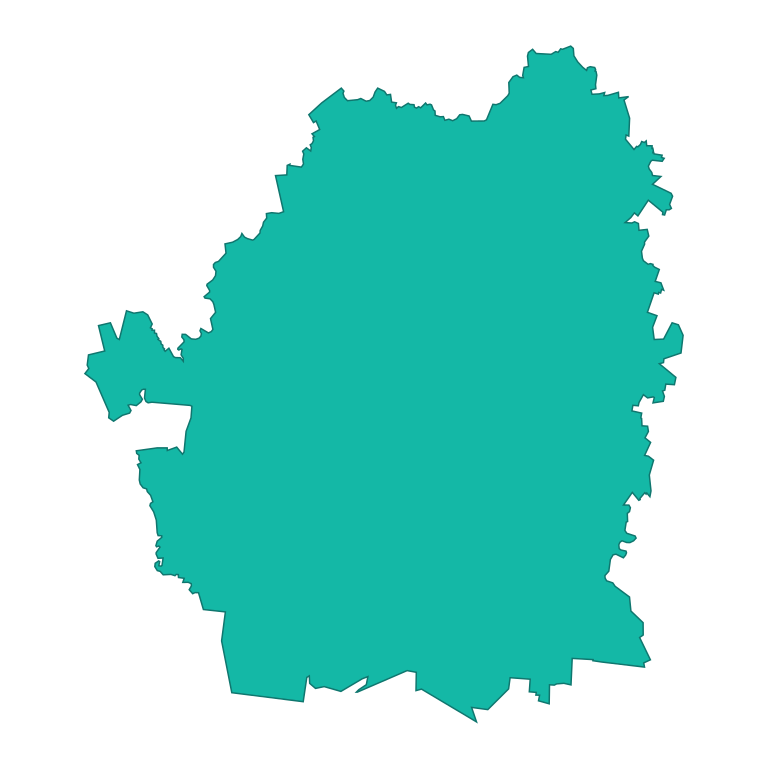 the district of Jalapa, Tabasco, Mexico
{"feature_id": "50627088B66696645260750", "entity_name": "Jalapa", "entity_type": "district", "adm_level": 2, "iso_a3": "MEX", "parent_name": "Mexico", "parent_adm1": "Tabasco", "projection": "albers", "projection_center": [-92.803, 17.771], "detail": "fine", "context": "isolated", "style": "filled", "palette": "teal", "viewbox_px": 768, "rotation_deg": 0, "n_neighbors": 0, "source": "geoboundaries", "source_scale": "gbopen_adm2", "svg_char_len": 6071}
<svg xmlns="http://www.w3.org/2000/svg" viewBox="0 0 768 768"><path d="M171.0,574.4L175.0,575.7L176.2,574.4L178.3,574.6L178.5,577.5L184.2,578.3L182.8,582.4L188.2,582.3L191.2,583.6L191.4,585.9L189.2,589.7L192.7,593.7L195.0,592.6L198.5,592.7L203.4,609.5L225.4,611.9L221.6,640.9L231.8,692.7L303.2,701.7L306.8,677.4L309.3,675.9L309.7,683.4L315.5,688.4L324.2,686.6L340.9,691.4L362.2,678.8L367.9,676.6L366.3,684.7L358.8,689.7L356.4,692.1L357.4,692.1L407.1,670.6L416.3,672.3L416.0,690.6L421.5,689.1L476.5,721.9L471.6,707.4L487.8,709.6L508.6,688.9L510.1,677.7L530.2,679.2L529.3,691.8L536.3,692.4L535.9,695.1L539.6,695.2L538.5,700.8L549.2,703.8L549.5,684.8L554.3,685.1L556.6,683.9L563.9,683.3L571.0,684.9L572.2,658.4L593.1,659.6L592.9,660.7L601.6,662.0L644.5,667.1L643.7,662.9L650.4,659.8L639.6,637.5L643.2,635.0L643.1,622.7L630.9,611.0L629.5,597.0L615.1,586.3L612.8,582.9L606.6,580.8L605.1,578.1L604.9,575.6L608.8,571.2L610.4,559.4L613.1,554.8L616.0,554.2L623.4,557.8L625.6,555.1L626.5,552.8L626.0,551.1L621.0,550.0L619.2,548.7L618.8,544.8L619.9,542.3L622.0,540.8L626.7,542.5L629.9,542.6L633.6,540.8L636.1,538.1L635.1,536.0L626.8,533.3L624.9,530.4L626.2,522.1L627.6,521.5L627.3,513.4L629.5,511.6L630.4,507.7L628.9,505.1L623.5,505.0L632.3,492.4L638.8,500.3L640.2,499.6L639.9,498.5L644.8,492.7L646.1,494.1L646.8,493.0L649.9,496.7L651.0,490.9L649.3,475.0L653.6,460.2L648.4,456.2L644.6,455.4L650.6,442.4L645.0,437.9L648.4,431.5L647.6,426.2L642.0,425.8L641.6,418.4L640.8,417.9L641.7,413.1L631.9,410.9L632.9,405.3L638.3,405.8L639.0,402.5L643.4,394.7L647.6,397.9L653.2,396.9L654.3,397.5L653.0,402.9L663.3,401.3L664.4,396.4L662.5,391.0L664.8,390.2L665.8,384.1L674.4,384.7L675.9,377.4L659.3,363.7L663.5,362.6L663.9,358.8L681.0,353.0L683.1,335.3L678.4,324.8L672.1,322.8L663.6,339.1L654.2,339.5L652.6,327.3L657.0,315.7L647.4,312.3L654.1,292.8L658.3,294.1L658.7,292.4L660.6,293.0L661.6,289.4L663.7,290.2L660.9,282.8L655.2,281.4L659.3,269.5L654.5,267.1L652.8,265.4L653.0,264.4L650.4,263.6L648.1,264.3L643.4,260.7L642.4,258.2L641.5,251.2L644.6,244.2L644.5,242.1L648.8,236.1L647.2,229.4L639.0,230.3L638.4,223.5L634.6,221.8L631.9,223.0L625.1,222.6L630.8,217.6L634.4,212.9L637.9,215.9L648.3,200.2L662.9,212.2L662.5,214.6L664.6,215.0L666.3,209.8L669.2,209.8L671.4,208.4L669.6,204.4L672.6,196.2L671.1,193.3L652.5,184.3L660.9,176.5L652.5,175.5L651.8,172.5L649.1,168.8L648.4,166.1L650.8,161.3L652.3,160.2L662.2,161.3L664.2,158.3L661.5,157.5L662.1,155.2L654.1,153.9L653.6,152.2L652.9,152.5L653.3,150.5L652.8,148.2L652.0,148.4L652.1,145.8L646.7,145.7L646.2,140.9L644.3,142.5L641.7,141.5L640.4,144.5L637.9,146.8L636.6,146.4L634.0,149.5L625.5,139.2L626.1,135.0L628.8,136.1L629.6,118.2L624.0,100.0L628.6,96.6L618.8,97.9L618.4,92.3L607.8,95.4L603.8,95.6L604.7,92.5L599.3,93.9L592.0,94.3L590.9,90.0L595.9,88.7L595.5,84.7L596.8,75.2L596.0,71.3L595.0,71.0L595.6,69.5L594.7,67.5L590.2,66.7L587.4,67.8L586.6,70.4L582.7,67.3L577.7,61.9L573.9,55.8L573.3,48.4L570.7,46.1L562.5,49.3L560.7,48.8L558.2,52.3L555.7,51.6L551.2,54.3L536.2,53.5L532.6,49.3L528.4,52.5L527.5,56.1L528.5,66.5L524.1,67.4L522.7,75.4L523.4,77.7L519.7,77.4L516.8,75.1L513.0,76.7L508.8,82.5L509.2,93.2L507.8,95.7L500.1,103.3L496.1,104.7L492.9,104.3L486.5,119.8L484.2,121.0L471.4,121.1L469.1,116.0L462.5,114.4L459.7,114.8L456.7,118.7L452.7,120.7L448.9,119.2L444.9,120.3L443.4,116.6L440.1,116.8L435.2,115.3L435.0,111.0L433.5,109.9L431.5,104.9L430.0,104.2L427.0,104.9L425.6,103.0L420.7,107.8L418.6,106.7L416.5,108.1L414.5,107.2L414.0,104.7L409.8,104.4L408.2,103.2L401.4,107.5L398.5,106.6L396.5,108.3L395.5,105.2L396.4,102.8L391.6,102.1L390.5,94.4L386.8,94.9L384.5,91.4L377.7,88.1L375.1,91.9L373.2,97.1L369.8,100.5L366.1,101.2L360.8,98.5L357.6,99.7L347.5,100.7L344.3,97.4L343.0,93.3L343.9,91.1L341.3,88.1L321.7,102.9L308.8,114.7L313.5,122.6L316.1,121.0L319.7,129.5L312.0,133.8L314.4,136.6L313.0,137.3L313.5,140.8L312.0,143.6L310.2,144.8L311.3,147.5L310.7,151.0L306.4,147.8L302.6,151.2L303.8,154.0L302.8,159.3L303.5,164.0L301.4,167.1L289.7,165.4L289.9,164.2L287.2,165.4L286.8,174.9L275.5,175.6L283.6,211.7L278.9,213.4L271.6,212.7L266.4,213.6L266.7,218.1L263.5,222.2L262.7,226.0L260.2,230.4L260.0,233.0L254.0,239.5L252.6,240.1L247.4,238.6L244.5,237.1L241.9,233.5L240.7,236.6L237.7,239.5L232.6,242.2L225.0,243.9L226.0,253.2L218.5,261.4L215.3,262.5L213.5,264.5L213.5,267.3L216.0,271.3L215.5,275.7L212.7,280.0L207.1,284.2L206.8,285.6L209.6,290.4L209.6,292.1L204.1,296.7L205.0,298.1L210.0,298.8L212.8,301.7L213.9,304.5L215.6,312.3L210.5,318.6L212.9,329.4L211.3,331.6L208.4,332.9L200.9,328.5L200.0,330.8L201.4,333.6L200.9,336.1L199.1,338.1L195.8,339.3L191.3,338.9L185.6,334.4L182.2,334.3L181.8,337.0L183.9,339.7L184.1,341.8L177.9,348.2L177.8,349.3L178.8,350.0L181.0,348.9L182.0,349.4L181.1,354.8L183.3,358.3L183.3,361.3L180.3,357.7L175.4,357.6L173.5,356.6L168.9,348.2L165.2,351.3L164.0,349.8L164.5,348.9L162.9,347.5L162.8,345.2L161.1,343.9L160.8,341.4L158.0,339.4L158.8,338.6L157.0,336.3L156.5,333.5L154.5,333.0L154.5,330.2L152.0,330.2L152.2,328.8L150.4,327.8L152.2,324.0L147.7,314.9L142.9,311.8L133.9,313.2L126.5,310.8L119.3,339.5L116.9,338.2L110.4,322.8L98.5,325.6L104.7,351.0L88.5,354.9L87.2,365.1L88.8,368.5L84.9,373.6L96.0,382.0L109.2,412.4L108.7,417.8L113.6,421.2L122.4,415.3L129.6,413.1L131.0,410.5L128.1,405.2L130.6,404.5L136.3,405.6L140.9,401.9L142.4,399.3L139.6,394.7L139.6,393.1L141.8,389.9L143.6,389.2L145.4,389.3L144.5,398.1L146.0,401.5L148.1,402.8L151.9,402.2L190.2,405.4L191.9,406.3L191.0,417.9L186.1,431.3L184.0,452.1L182.5,454.2L176.7,447.1L167.3,450.5L167.2,447.9L157.0,447.9L136.3,450.8L136.7,453.4L139.1,455.3L138.8,459.1L141.0,462.8L137.5,464.6L139.9,469.5L139.3,480.0L140.2,484.0L143.1,487.8L146.6,488.9L147.3,491.6L150.6,495.3L152.9,501.8L150.5,503.4L149.9,505.7L153.7,511.9L156.3,520.1L157.2,532.7L158.1,535.6L161.7,535.8L161.8,537.3L157.2,541.2L155.9,545.7L156.6,546.8L158.8,546.0L160.0,547.1L156.2,552.6L156.1,554.0L158.0,558.3L163.1,558.0L162.0,565.4L161.0,566.2L158.8,565.7L159.7,561.6L158.7,560.9L155.2,563.3L154.8,566.6L157.3,570.6L160.2,571.4L163.2,574.8L171.0,574.4Z" fill="#14b8a6" stroke="#0f766e" stroke-width="1.5"/></svg>